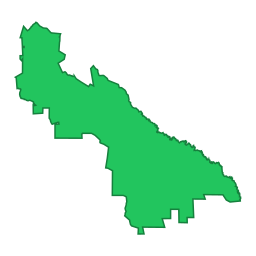 Guadalupe, Chihuahua, Mexico
{"feature_id": "50627088B71409715310525", "entity_name": "Guadalupe", "entity_type": "district", "adm_level": 2, "iso_a3": "MEX", "parent_name": "Mexico", "parent_adm1": "Chihuahua", "projection": "albers", "projection_center": [-105.58, 30.875], "detail": "fine", "context": "isolated", "style": "filled", "palette": "green", "viewbox_px": 256, "rotation_deg": 0, "n_neighbors": 0, "source": "geoboundaries", "source_scale": "gbopen_adm2", "svg_char_len": 5842}
<svg xmlns="http://www.w3.org/2000/svg" viewBox="0 0 256 256"><path d="M15.4,77.2L16.2,77.7L17.1,88.6L18.4,88.3L18.6,88.7L19.2,88.9L20.5,88.9L20.8,89.3L20.5,90.9L19.9,92.3L19.7,93.6L19.7,95.0L20.1,95.7L20.1,96.6L21.2,98.1L21.1,98.4L24.1,99.0L24.3,99.5L24.7,99.4L25.6,99.6L26.5,100.3L27.4,100.6L28.3,100.7L29.3,100.3L30.3,100.4L33.4,101.8L33.4,103.1L34.7,103.7L34.3,103.7L33.6,103.9L33.4,104.3L34.4,104.3L35.7,105.2L34.7,105.6L33.2,105.5L33.3,113.8L42.7,113.2L42.9,108.0L49.3,108.0L49.2,118.2L49.6,118.9L50.2,119.4L50.7,121.7L51.7,123.7L52.2,124.2L57.7,122.3L58.7,122.3L58.9,124.1L55.0,124.2L55.0,138.1L82.0,138.2L81.8,134.1L82.6,133.5L82.6,133.3L91.5,133.3L95.1,135.3L99.8,139.7L100.4,140.8L100.0,141.3L100.0,142.0L100.0,142.6L100.3,142.9L103.8,144.2L108.6,147.2L107.3,158.1L105.7,167.9L107.9,168.2L112.1,170.5L112.5,170.6L112.3,195.4L123.2,195.4L124.5,195.9L126.3,196.9L126.8,201.7L126.3,203.3L126.2,205.0L125.1,208.2L125.4,209.9L126.1,211.4L125.2,213.1L125.2,214.4L124.7,215.8L129.7,220.2L129.7,221.1L130.5,224.5L131.6,225.9L138.4,228.1L138.1,234.0L144.0,233.9L142.6,227.1L164.7,227.3L162.2,218.6L170.6,218.5L170.6,209.3L178.8,209.3L179.0,222.5L187.2,222.7L187.1,217.5L193.7,217.5L192.9,199.0L205.2,199.1L203.7,194.6L222.9,194.8L226.3,200.0L230.1,202.0L240.3,201.0L240.2,199.8L239.8,199.6L240.2,198.8L240.6,198.6L240.6,197.1L239.5,196.8L239.8,195.7L239.5,195.3L239.8,194.1L239.6,193.5L239.0,194.1L238.6,193.2L238.6,192.8L238.1,193.1L237.6,192.7L237.7,192.4L238.3,192.4L238.3,192.1L237.6,191.6L237.9,191.3L238.3,191.7L238.4,190.6L238.2,190.2L237.0,189.7L236.8,188.8L237.3,188.1L237.3,187.6L236.9,187.7L236.9,187.2L236.3,186.8L236.5,186.8L236.5,186.5L235.7,186.2L236.1,185.1L235.4,183.2L234.3,182.1L234.1,181.0L233.8,180.6L233.2,180.5L232.6,180.6L232.2,180.3L232.0,179.8L232.2,179.5L232.4,178.5L232.4,178.3L231.9,178.3L231.8,177.2L231.3,177.0L231.1,177.1L230.5,178.2L229.9,177.9L229.7,176.8L229.1,177.2L228.4,177.4L227.9,177.1L227.2,177.1L226.7,176.3L226.1,176.0L224.8,176.5L223.8,175.8L223.5,175.4L223.6,175.0L223.2,174.7L222.7,174.0L222.8,173.5L222.6,173.4L222.9,172.9L222.4,172.5L222.3,171.8L222.1,171.5L222.1,170.1L221.8,168.1L222.0,167.9L221.7,167.4L221.9,166.7L220.6,166.1L220.8,165.6L220.4,165.2L219.7,165.1L219.3,164.8L219.2,163.3L218.5,162.4L217.4,163.0L216.7,162.6L216.2,163.2L215.5,163.2L215.3,163.6L214.6,163.3L213.9,162.2L213.4,161.9L212.9,162.1L212.2,162.0L212.6,162.8L212.4,163.4L212.2,163.5L211.9,163.0L211.0,163.1L211.0,162.7L210.6,162.1L210.2,162.1L210.1,162.4L209.9,162.4L209.7,162.1L209.9,160.8L209.7,160.2L209.3,160.1L208.9,159.7L208.8,159.2L208.7,159.5L207.7,159.5L207.3,159.9L206.6,159.6L206.7,159.3L207.1,159.1L206.9,158.4L206.5,158.1L205.9,158.0L205.8,157.1L205.2,156.7L204.5,157.0L204.1,156.8L204.1,156.3L203.8,155.8L203.0,155.6L203.3,155.2L203.4,154.6L202.8,154.1L202.7,154.4L202.0,153.8L202.3,152.7L202.0,152.5L202.1,152.0L201.7,151.5L201.2,152.1L200.6,151.8L201.0,150.9L199.7,151.2L199.2,150.7L197.5,150.4L197.2,150.0L195.8,150.6L195.2,150.2L194.2,150.4L194.4,149.3L194.8,148.9L195.1,147.3L194.7,147.0L194.4,147.1L193.9,147.0L193.7,146.6L193.8,146.4L193.6,145.4L193.2,145.6L192.9,146.7L192.3,147.5L192.1,147.6L191.5,147.0L191.0,146.1L190.6,145.9L190.7,145.1L190.4,144.6L189.6,144.2L189.3,143.5L188.9,143.1L188.3,143.9L187.7,144.0L187.2,144.3L186.9,144.9L186.4,145.1L185.6,144.7L185.2,144.2L185.1,143.8L185.5,143.0L185.9,143.1L186.4,142.8L186.6,142.0L186.2,141.7L185.8,140.7L185.4,140.7L184.0,141.9L183.7,141.7L183.6,141.1L182.7,141.3L182.4,141.1L181.7,141.4L181.4,141.7L180.7,141.7L179.4,142.8L178.1,141.5L178.0,140.5L177.7,140.2L177.0,140.1L176.4,140.5L175.7,138.8L175.2,138.4L174.7,138.5L174.3,138.3L174.2,137.3L174.0,137.1L173.5,137.0L172.5,137.4L172.5,138.5L171.7,140.0L171.2,139.9L171.3,139.1L171.1,138.7L170.8,139.5L170.0,139.8L169.7,139.4L170.1,138.4L169.7,137.6L169.7,136.7L169.4,136.6L169.3,136.8L168.9,136.6L168.3,137.3L168.0,137.2L168.2,136.2L167.3,135.7L166.8,135.7L166.5,134.5L165.5,134.4L164.5,135.3L164.1,135.0L164.3,134.1L163.3,133.4L163.0,132.6L161.8,133.2L160.8,133.0L159.6,132.4L159.3,132.6L158.9,132.1L157.6,132.6L156.8,132.2L156.7,131.9L157.0,131.3L157.8,131.1L157.8,130.4L157.6,130.1L157.9,129.6L157.7,128.8L158.3,128.3L157.9,127.9L156.9,127.9L156.3,127.3L157.1,126.5L157.0,125.6L156.3,125.1L155.7,125.5L155.1,125.7L155.1,125.3L155.3,125.1L154.8,123.9L154.5,123.6L153.0,123.5L152.3,122.6L151.5,122.3L150.5,122.1L150.0,121.2L150.0,120.5L149.6,120.1L149.0,120.7L148.7,120.7L148.5,120.2L148.9,119.9L148.9,119.2L146.9,119.0L146.5,119.2L146.4,118.3L145.9,118.0L145.9,117.5L145.1,117.4L144.7,116.7L144.1,116.2L143.5,116.0L143.0,116.2L142.7,116.0L142.7,115.8L143.2,115.8L143.0,115.4L142.3,114.7L141.5,114.4L141.8,113.7L142.3,113.5L142.2,113.2L140.9,111.3L138.8,111.8L138.6,110.8L137.9,109.8L137.1,109.3L136.3,108.3L135.5,108.1L134.7,108.3L132.4,107.3L130.4,103.9L130.7,102.9L130.5,102.4L129.1,101.6L128.7,100.5L129.0,99.8L128.9,99.0L128.1,95.1L126.5,93.8L126.0,91.8L124.9,90.1L121.6,87.7L119.2,87.6L118.5,84.9L118.3,84.5L108.8,80.7L107.6,79.8L107.4,78.7L107.1,78.3L103.8,75.6L103.2,75.4L100.4,75.6L99.2,75.5L98.8,75.0L98.4,73.5L97.8,72.2L97.9,70.8L97.4,69.6L95.7,68.8L93.4,65.7L90.7,68.6L93.6,85.9L90.2,84.2L88.6,86.6L81.7,82.4L76.2,78.8L74.2,75.7L74.2,76.0L73.1,76.5L72.2,76.3L72.0,75.7L71.1,75.8L70.6,75.4L70.0,75.4L69.8,75.1L69.0,75.0L68.3,75.3L67.0,74.4L66.8,73.7L66.0,72.6L65.0,71.8L62.5,72.6L58.1,63.2L64.2,59.3L65.2,54.8L58.9,51.0L59.5,42.2L59.8,41.0L59.9,37.4L59.5,37.3L59.5,36.9L59.9,37.0L60.1,35.1L60.6,33.8L51.3,32.9L50.6,32.4L47.2,28.7L46.7,28.3L43.3,28.0L39.6,25.9L37.1,22.9L35.4,22.0L35.8,22.6L35.6,23.1L34.6,23.6L33.0,24.7L32.3,26.0L31.3,26.5L30.9,27.6L29.9,28.5L29.3,29.5L27.4,30.7L23.6,26.3L20.2,37.7L21.9,37.8L22.4,46.5L24.1,46.5L24.1,47.5L22.4,47.4L22.8,55.6L20.1,55.7L20.1,59.0L21.5,60.6L22.6,58.9L22.5,73.1L15.4,77.2Z" fill="#22c55e" stroke="#15803d" stroke-width="1.5"/></svg>